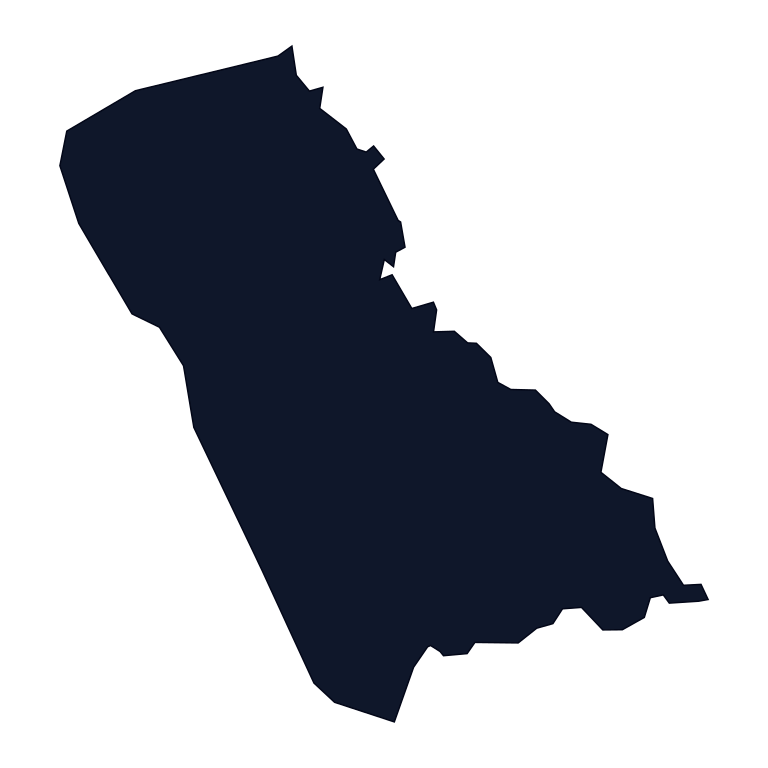 Rincón, Puerto Rico (Natural Earth projection)
{"feature_id": "32010507B13421931783932", "entity_name": "Rincón", "entity_type": "district", "adm_level": 2, "iso_a3": "PRI", "parent_name": "Puerto Rico", "parent_adm1": "", "projection": "natural_earth1", "projection_center": [-67.225, 18.337], "detail": "fine", "context": "isolated", "style": "filled", "palette": "ink", "viewbox_px": 768, "rotation_deg": 0, "n_neighbors": 0, "source": "geoboundaries", "source_scale": "gbopen_adm2", "svg_char_len": 1258}
<svg xmlns="http://www.w3.org/2000/svg" viewBox="0 0 768 768"><path d="M291.9,46.1L278.8,55.5L277.9,56.1L249.7,63.0L135.5,90.7L135.3,90.8L66.8,131.1L59.9,165.7L78.8,223.4L86.4,236.4L108.8,274.5L109.3,275.2L132.0,313.8L136.4,316.0L158.6,326.8L159.5,327.3L183.5,365.7L184.5,371.4L191.8,415.2L193.6,425.9L193.8,427.3L196.8,433.6L211.9,465.2L241.4,526.9L256.0,557.5L259.0,563.9L262.1,570.4L280.6,610.6L281.0,611.5L288.9,628.7L314.0,683.1L334.6,702.3L394.3,721.9L413.6,667.2L427.6,646.8L430.6,645.5L440.1,651.5L443.5,655.7L467.1,653.6L474.9,642.4L518.2,642.9L536.7,628.2L552.9,623.6L562.5,608.8L581.5,607.4L602.8,629.9L622.4,629.7L644.3,617.4L650.3,597.7L663.3,594.9L669.3,603.1L698.7,601.2L708.1,599.5L701.0,584.4L683.5,585.3L667.7,561.1L654.9,528.0L652.6,498.5L621.2,488.5L600.9,472.3L607.9,434.6L591.0,424.3L571.3,422.2L554.6,411.8L549.1,403.8L535.4,390.1L510.8,389.5L497.8,382.4L490.8,357.5L476.4,343.3L467.6,342.9L454.3,331.3L433.5,331.9L436.6,309.9L433.4,302.2L411.8,308.5L392.1,274.8L379.7,279.7L384.3,259.5L393.5,266.7L395.7,252.2L405.0,247.2L400.6,222.0L398.1,220.4L373.3,169.2L384.1,159.0L373.6,146.0L366.2,152.1L356.9,149.0L346.3,129.0L319.7,108.4L322.9,87.3L309.4,91.1L296.3,75.3L291.9,46.1Z" fill="#0f172a" stroke="#020617" stroke-width="1.5"/></svg>